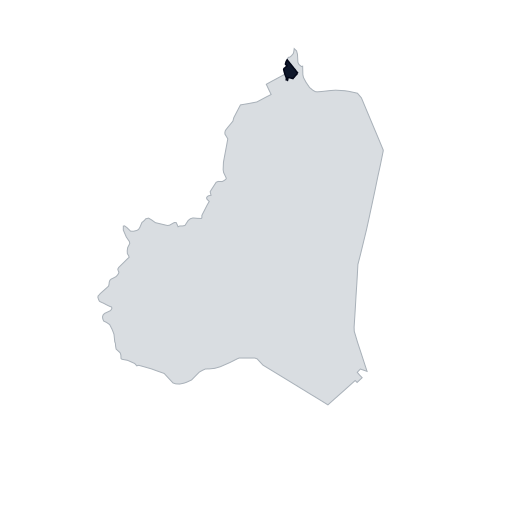 location of Abu Al-Khaseeb, Al-Basrah, Iraq, rotated 242°
{"feature_id": "34846034B47596068894282", "entity_name": "Abu Al-Khaseeb", "entity_type": "district", "adm_level": 2, "iso_a3": "IRQ", "parent_name": "Iraq", "parent_adm1": "Al-Basrah", "projection": "robinson", "projection_center": [48.016, 30.336], "detail": "fine", "context": "in_parent", "style": "filled", "palette": "ink", "viewbox_px": 512, "rotation_deg": 242, "n_neighbors": 0, "source": "geoboundaries", "source_scale": "gbopen_adm2", "svg_char_len": 4155}
<svg xmlns="http://www.w3.org/2000/svg" viewBox="0 0 512 512"><g transform="rotate(242 256 256)"><path d="M214.9,99.2L218.1,98.4L224.2,93.6L227.8,89.1L228.9,88.7L232.0,90.2L234.3,90.6L239.5,88.8L242.5,89.8L245.1,90.9L246.5,91.0L253.4,93.8L255.2,94.1L258.7,94.5L264.1,94.6L267.6,92.8L270.0,91.0L271.7,91.1L273.4,91.5L274.7,92.2L275.9,93.6L276.4,95.5L276.1,101.5L276.6,103.1L277.6,104.3L278.8,104.5L280.2,103.2L282.8,101.3L285.9,99.2L288.3,97.3L289.6,96.5L291.7,96.6L293.8,97.0L294.9,97.9L294.9,98.2L296.0,101.0L298.6,111.7L300.1,113.0L301.9,114.2L303.2,115.7L303.6,117.3L303.5,119.8L303.5,122.7L304.2,124.8L305.2,126.5L306.1,127.4L307.6,127.4L309.3,127.8L310.4,129.5L314.0,141.6L314.3,143.2L315.8,143.7L318.4,143.5L321.0,144.7L323.7,146.7L326.3,150.4L328.1,151.0L333.6,150.4L341.2,151.0L344.7,152.9L344.3,154.1L341.6,155.4L336.8,156.9L335.3,159.6L334.5,162.9L334.6,164.8L335.8,166.9L339.2,171.1L339.4,172.6L340.0,174.7L340.6,176.1L339.9,178.9L336.8,180.8L332.7,182.8L324.5,192.1L323.8,194.1L323.9,199.6L323.0,201.2L320.5,201.1L318.4,200.9L318.3,202.8L317.0,205.3L316.3,207.6L319.2,212.8L319.7,215.6L319.2,218.2L316.4,222.5L314.8,225.5L315.1,226.1L317.3,227.3L324.0,236.9L326.1,240.3L329.0,239.4L330.1,239.5L330.9,240.0L331.4,241.2L331.4,242.6L330.7,244.8L334.3,245.7L335.6,247.9L339.8,255.4L339.6,257.6L337.6,261.1L337.6,263.5L338.0,265.6L338.6,266.3L344.9,266.6L347.6,267.5L354.1,271.3L361.5,277.2L367.5,282.0L372.7,286.1L378.2,285.8L379.8,286.6L381.2,287.9L382.7,291.2L385.9,298.9L388.6,301.4L392.8,307.5L396.7,313.2L394.1,321.0L391.6,329.1L391.6,339.6L391.5,345.2L396.9,345.4L402.8,345.7L402.9,352.4L402.9,359.1L403.0,366.8L404.7,367.1L407.5,368.8L408.7,371.3L410.2,372.6L412.0,372.8L413.8,374.1L415.5,376.3L416.2,378.0L415.7,379.1L416.1,381.2L417.3,384.1L418.8,385.4L421.2,387.1L418.0,388.1L414.6,387.3L407.3,383.9L405.0,383.8L401.9,385.1L401.7,386.3L394.1,382.5L391.3,381.7L390.3,381.7L385.9,381.7L379.6,382.4L375.9,383.9L373.3,385.5L372.2,387.1L371.8,388.0L369.8,392.7L367.4,398.8L365.0,404.2L360.3,411.9L357.7,415.4L352.1,422.0L346.1,423.3L332.2,422.0L316.8,420.6L301.4,419.2L290.0,418.1L289.1,417.7L277.8,408.4L269.0,400.9L257.9,391.7L246.6,382.2L235.2,372.6L227.0,365.6L216.9,356.6L207.8,348.5L200.7,342.0L191.4,336.4L184.2,332.0L173.7,325.5L165.3,320.4L158.1,316.0L147.1,309.2L143.4,307.4L131.9,305.1L120.9,303.2L109.6,301.2L102.0,299.9L107.2,295.1L105.8,290.8L102.1,291.6L98.7,292.6L96.9,285.9L99.5,285.1L97.3,276.3L95.1,267.3L93.0,258.5L90.8,249.6L100.6,243.9L107.8,239.6L118.0,233.6L127.7,227.9L137.0,222.4L147.3,216.3L156.4,210.9L164.7,208.7L166.5,207.0L170.4,199.6L173.8,193.3L174.0,191.8L174.2,182.9L175.0,172.4L176.2,166.8L178.2,161.9L180.0,158.3L180.2,154.9L180.1,151.4L178.5,146.3L176.8,140.9L177.1,135.6L177.5,132.9L178.8,128.4L180.8,125.1L182.9,123.1L190.8,121.0L195.4,119.8L201.7,114.0L205.5,110.6L210.7,105.2L214.5,101.2L214.9,99.8L214.9,99.2Z" fill="#d9dde1" stroke="#a8b0b8" stroke-width="1"/><path d="M407.5,367.9L406.8,367.8L406.4,367.6L405.2,367.4L404.4,367.2L403.6,367.0L402.7,366.8L401.6,366.7L401.3,366.7L401.1,366.6L400.7,366.6L400.3,366.6L400.0,366.5L399.7,366.5L399.4,366.4L398.9,366.3L398.4,366.1L397.7,365.6L397.4,365.4L397.2,365.7L397.0,365.9L396.6,366.1L396.3,366.3L396.7,366.7L397.2,367.1L397.7,367.4L398.0,367.7L398.5,368.1L398.2,368.6L398.0,368.9L397.7,369.3L397.5,369.5L397.2,369.8L397.0,370.1L396.8,370.3L396.7,370.4L396.5,370.6L396.2,370.9L395.9,371.2L395.6,371.6L395.3,371.9L395.5,372.3L395.6,372.6L395.8,372.8L395.9,373.0L395.9,373.5L396.0,373.7L396.3,374.4L396.9,375.8L397.2,377.1L397.3,377.4L397.6,377.4L397.8,377.6L398.1,378.2L398.3,378.7L398.8,378.6L400.7,378.2L401.8,378.1L402.8,377.9L403.9,377.6L405.3,377.4L406.3,377.2L407.3,377.0L408.5,376.8L409.5,376.6L410.8,376.3L411.7,376.2L412.5,376.0L413.6,375.8L414.1,375.7L414.5,375.7L414.4,375.2L414.0,374.7L413.5,373.9L412.9,373.3L412.1,372.5L411.7,372.1L411.2,372.0L410.9,372.1L410.7,372.2L410.6,372.3L410.3,372.6L410.1,372.7L409.8,372.8L409.6,372.7L409.2,372.4L409.1,371.9L408.9,371.3L408.7,370.5L408.6,369.9L408.5,369.5L408.5,369.0L408.4,368.8L408.3,368.6L408.0,368.3L407.7,368.0L407.5,367.9Z" fill="#0f172a" stroke="#020617" stroke-width="1.5"/></g></svg>